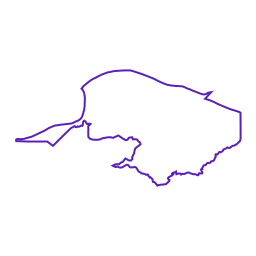 outline of Careiro da Várzea, Amazonas, Brazil
{"feature_id": "56859067B24490966287656", "entity_name": "Careiro da Várzea", "entity_type": "district", "adm_level": 2, "iso_a3": "BRA", "parent_name": "Brazil", "parent_adm1": "Amazonas", "projection": "mercator", "projection_center": [-59.635, -3.304], "detail": "fine", "context": "isolated", "style": "outline", "palette": "violet", "viewbox_px": 256, "rotation_deg": 0, "n_neighbors": 0, "source": "geoboundaries", "source_scale": "gbopen_adm2", "svg_char_len": 4314}
<svg xmlns="http://www.w3.org/2000/svg" viewBox="0 0 256 256"><path d="M240.5,112.7L239.6,112.2L237.6,111.4L234.0,110.3L230.7,109.3L229.9,109.0L228.6,108.5L222.7,106.1L216.8,103.5L213.8,101.9L209.3,100.1L205.1,98.8L211.1,92.2L207.9,92.8L206.3,94.0L203.5,94.5L200.9,93.8L198.4,92.8L192.3,90.5L189.5,89.2L187.0,88.4L184.9,87.3L182.5,86.4L179.5,86.1L178.6,86.1L176.2,86.0L173.9,85.8L172.7,85.6L170.7,85.4L166.9,84.7L166.0,84.3L163.3,83.3L161.9,82.7L158.0,80.9L154.0,78.8L147.8,76.3L143.1,74.5L142.3,74.2L139.0,73.1L134.2,71.5L130.4,70.4L126.6,70.4L122.5,70.5L119.4,70.7L113.9,71.1L110.0,72.0L107.3,72.5L106.0,73.0L104.2,73.7L102.1,74.4L99.8,75.5L98.2,76.4L96.2,77.4L92.7,79.1L90.5,80.5L88.9,81.7L86.8,83.4L84.6,85.2L83.8,85.8L81.5,88.6L82.8,90.0L84.2,93.1L84.9,97.9L84.8,99.8L84.7,103.4L84.7,105.1L84.2,109.6L83.1,113.5L82.2,116.4L80.8,118.7L78.7,120.3L74.7,122.0L72.5,123.2L70.4,123.6L60.2,124.8L58.9,125.0L57.7,125.2L55.2,125.5L52.1,126.6L49.0,128.0L47.1,129.1L44.5,130.7L38.5,133.5L34.5,135.4L31.6,136.7L26.2,138.2L24.9,138.6L23.6,138.9L22.2,139.1L20.2,139.1L19.1,139.1L17.7,138.9L17.0,139.1L16.2,139.6L16.1,140.8L15.4,141.1L27.0,141.5L47.2,141.5L50.1,143.7L53.0,145.8L54.4,144.4L65.9,133.0L71.1,128.0L72.2,127.5L73.1,127.0L74.0,126.4L74.7,126.1L75.2,126.8L76.0,127.1L76.9,127.1L77.7,126.3L78.6,126.7L79.4,126.6L80.2,126.2L81.0,125.6L82.2,125.9L82.7,125.3L82.9,124.0L83.0,123.0L83.1,122.1L83.7,121.1L84.3,120.6L85.0,121.2L85.5,121.6L86.0,122.2L86.4,123.1L86.7,123.8L87.5,124.1L88.6,123.8L89.5,123.6L90.5,124.0L89.2,125.3L88.4,126.0L88.2,126.9L88.4,130.0L88.2,131.9L88.3,133.3L88.3,135.9L88.5,137.3L90.0,138.7L92.3,139.6L96.9,139.8L100.2,139.4L101.7,138.5L107.2,137.4L109.7,137.2L110.5,137.3L113.2,137.8L115.0,137.0L118.3,135.5L120.4,136.8L122.2,138.2L123.8,139.1L125.8,140.2L127.6,139.6L128.8,137.8L132.1,137.2L133.0,139.4L134.8,139.2L137.1,139.5L138.2,141.3L139.9,142.4L140.6,144.1L138.9,145.7L136.8,147.1L135.2,148.6L134.5,150.9L134.2,153.0L133.3,155.0L132.1,157.2L132.4,159.0L131.0,160.5L128.8,160.4L127.1,159.4L125.4,158.5L124.1,160.1L122.9,161.8L120.9,162.6L119.1,164.3L116.7,164.2L114.7,164.6L113.4,165.3L112.7,165.7L115.4,167.0L117.5,166.6L119.6,167.5L121.4,167.6L123.2,166.8L123.9,166.3L124.8,165.8L125.9,165.2L126.9,164.8L127.9,164.9L128.5,165.5L129.2,166.4L129.9,167.1L130.6,167.4L131.6,167.4L132.7,167.4L133.8,167.1L134.8,167.0L135.7,167.2L136.3,167.8L136.8,168.5L137.2,169.1L137.7,169.9L138.1,170.9L138.8,171.5L139.5,172.0L140.4,172.5L141.0,172.7L141.3,173.3L142.1,173.5L142.8,173.5L143.5,173.7L144.2,174.0L145.2,174.2L146.1,174.8L147.0,174.5L147.9,174.6L148.1,175.4L148.6,176.1L149.3,176.5L149.6,177.5L150.6,177.3L151.1,178.0L152.2,178.9L152.7,179.8L152.6,180.7L153.0,181.9L154.1,182.0L155.2,182.7L155.8,183.6L156.6,184.5L157.0,185.0L157.3,185.6L158.1,185.1L159.0,185.2L159.8,184.9L161.1,184.6L162.3,184.7L163.2,184.5L164.1,184.4L165.1,184.2L166.0,184.1L166.6,183.5L167.3,182.8L168.2,182.2L168.5,181.5L169.4,180.8L169.5,179.9L168.6,179.3L167.9,178.4L168.4,177.5L169.0,177.0L169.8,176.7L170.3,176.3L171.3,175.8L172.3,175.3L172.1,174.2L172.9,174.4L173.6,173.9L173.0,172.8L173.9,172.5L174.7,172.3L175.4,172.4L176.0,171.7L176.3,172.9L176.5,174.2L177.6,173.7L178.4,173.6L179.4,173.5L180.6,173.7L181.1,174.6L181.9,174.1L182.6,173.7L183.7,174.1L184.8,173.9L185.8,173.3L186.9,172.7L187.9,172.6L188.9,172.5L190.0,173.1L191.0,173.6L191.9,173.7L193.1,174.2L193.9,174.3L194.7,174.1L195.6,174.3L197.3,175.1L198.3,175.2L198.6,174.3L198.8,173.5L199.4,173.2L200.1,173.3L201.0,173.6L202.2,173.3L202.4,172.6L201.9,171.7L201.6,171.0L201.0,169.8L201.4,169.1L202.3,169.0L202.1,168.1L202.7,167.3L203.3,166.4L203.5,165.5L204.5,165.2L205.2,165.1L206.0,164.7L206.6,163.6L207.5,163.0L208.5,163.0L209.2,162.9L210.4,162.7L210.6,162.0L211.2,161.3L212.3,161.2L213.5,160.7L214.1,160.1L214.5,159.3L214.7,158.4L215.1,157.6L215.7,157.0L215.6,155.6L215.5,154.6L216.0,154.1L217.2,154.5L217.9,154.0L218.4,153.2L218.8,152.5L219.4,151.9L220.4,152.3L222.0,151.6L222.6,151.1L223.1,150.0L223.6,149.4L224.7,149.0L225.5,148.7L226.4,148.2L227.3,147.5L228.0,147.6L228.8,148.0L229.6,147.8L230.5,147.6L231.0,146.8L231.9,146.3L232.7,145.8L233.7,145.7L234.4,145.5L235.4,144.9L236.1,144.5L236.9,144.0L237.8,143.1L238.7,142.2L239.5,141.6L240.0,140.9L240.3,140.0L240.6,138.6L240.6,125.4L240.5,112.7Z" fill="none" stroke="#5b21b6" stroke-width="2"/></svg>